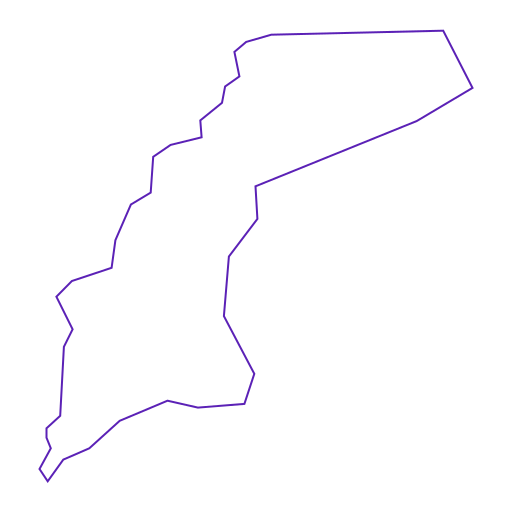 Gogrial East, Warrap, South Sudan
{"feature_id": "79223893B33443861604681", "entity_name": "Gogrial East", "entity_type": "district", "adm_level": 2, "iso_a3": "SSD", "parent_name": "South Sudan", "parent_adm1": "Warrap", "projection": "mercator", "projection_center": [28.468, 8.516], "detail": "fine", "context": "isolated", "style": "outline", "palette": "violet", "viewbox_px": 512, "rotation_deg": 0, "n_neighbors": 0, "source": "geoboundaries", "source_scale": "gbopen_adm2", "svg_char_len": 575}
<svg xmlns="http://www.w3.org/2000/svg" viewBox="0 0 512 512"><path d="M271.3,34.7L246.2,41.9L234.4,51.9L239.4,76.4L225.1,86.5L222.0,102.8L200.3,120.4L201.6,137.3L170.6,144.9L153.2,156.8L150.7,192.6L130.9,204.5L115.4,240.2L111.6,267.8L71.9,281.0L56.4,296.7L72.6,329.3L63.9,346.8L60.2,415.8L46.5,428.3L46.5,437.7L50.8,448.3L39.5,469.0L47.7,481.3L63.3,459.6L89.3,448.3L119.7,420.8L167.5,400.7L197.9,407.6L244.4,403.9L254.3,373.8L223.9,316.1L228.9,256.5L257.4,218.9L255.5,186.3L416.8,121.0L472.5,87.9L443.2,30.7L271.3,34.7Z" fill="none" stroke="#5b21b6" stroke-width="2"/></svg>